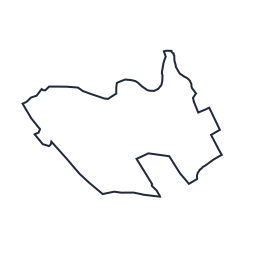 the district of Kuje, Federal Capital Territory, Nigeria, rotated 55°
{"feature_id": "59680162B82387239737873", "entity_name": "Kuje", "entity_type": "district", "adm_level": 2, "iso_a3": "NGA", "parent_name": "Nigeria", "parent_adm1": "Federal Capital Territory", "projection": "orthographic", "projection_center": [7.22, 8.673], "detail": "fine", "context": "isolated", "style": "outline", "palette": "slate", "viewbox_px": 256, "rotation_deg": 55, "n_neighbors": 0, "source": "geoboundaries", "source_scale": "gbopen_adm2", "svg_char_len": 1572}
<svg xmlns="http://www.w3.org/2000/svg" viewBox="0 0 256 256"><g transform="rotate(55 128 128)"><path d="M89.8,48.2L89.3,48.7L86.6,52.4L85.7,54.6L91.3,56.2L92.0,57.4L94.8,61.3L100.5,67.0L102.5,68.8L104.6,69.5L109.1,72.9L112.0,76.1L113.3,80.8L112.9,83.3L112.6,85.3L109.8,89.0L108.1,90.4L101.8,92.7L101.7,92.8L96.5,93.9L93.7,95.1L90.2,98.3L86.7,102.5L85.7,106.4L85.0,109.4L84.9,110.2L84.7,111.3L88.1,114.4L93.1,117.9L92.8,124.2L92.7,127.7L90.2,130.5L79.8,138.2L71.8,143.8L66.2,145.8L58.7,154.9L48.8,168.9L49.4,172.3L49.7,174.0L48.4,175.9L46.6,176.4L48.6,182.8L49.1,184.4L47.4,190.1L48.0,193.5L48.3,195.5L48.4,196.4L48.1,197.9L47.6,200.4L49.1,200.5L55.4,201.0L64.8,201.7L75.2,201.0L78.5,200.7L80.5,203.9L79.6,208.1L92.3,207.1L97.5,203.1L97.1,200.6L95.2,198.6L100.2,198.0L117.5,195.9L131.3,194.6L138.0,193.9L147.4,191.9L151.3,191.0L167.6,186.6L172.2,175.9L177.1,170.6L184.0,160.6L189.5,155.4L191.8,153.3L202.6,141.2L201.9,140.9L198.8,140.7L196.1,140.4L194.0,140.7L192.3,141.0L189.1,141.6L187.6,140.7L187.6,140.4L158.2,138.7L160.5,125.8L174.8,110.4L194.8,111.4L208.7,110.1L209.4,100.6L206.6,98.9L204.9,96.8L203.4,93.1L203.2,90.5L203.2,90.4L202.9,89.5L202.9,88.2L203.1,86.0L202.9,76.2L203.5,68.8L203.8,66.6L198.1,66.1L181.3,63.9L182.2,53.8L158.0,49.8L157.2,54.2L155.6,61.6L153.4,61.1L144.7,59.1L140.6,57.5L138.7,52.5L134.1,52.6L132.4,52.7L130.6,52.3L128.2,50.8L126.7,50.6L125.0,50.2L121.3,50.8L118.2,52.4L113.1,54.4L107.2,53.9L105.1,53.7L104.1,53.0L99.4,51.3L95.1,48.5L94.1,48.6L93.1,47.9L92.0,48.4L90.5,48.7L89.8,48.2Z" fill="none" stroke="#1e293b" stroke-width="2"/></g></svg>